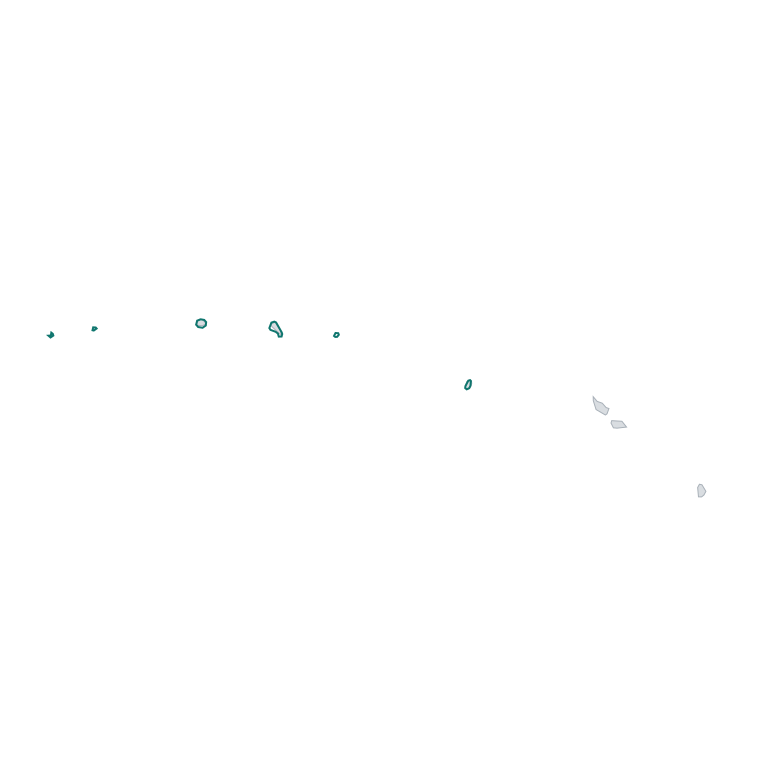 Northern Islands highlighted on a map of Northern Mariana Islands, rotated 283°
{"feature_id": "MNP-4940", "entity_name": "Northern Islands", "entity_type": "state/province", "adm_level": 1, "iso_a3": "MNP", "parent_name": "Northern Mariana Islands", "parent_adm1": "", "projection": "albers", "projection_center": [145.557, 18.447], "detail": "coarse", "context": "in_parent", "style": "outline", "palette": "teal", "viewbox_px": 768, "rotation_deg": 283, "n_neighbors": 0, "source": "natural_earth", "source_scale": "10m", "svg_char_len": 1377}
<svg xmlns="http://www.w3.org/2000/svg" viewBox="0 0 768 768"><g transform="rotate(283 384 384)"><path d="M411.0,605.7L410.7,608.7L405.1,608.0L403.6,606.7L406.8,596.4L414.8,591.7L418.7,590.7L415.0,595.6L414.4,601.0L411.0,605.7ZM401.2,624.2L396.6,630.0L393.4,621.0L392.9,617.4L397.0,614.0L399.5,614.1L401.2,624.2ZM357.3,716.5L351.8,721.8L347.8,720.7L345.4,718.8L344.8,715.8L353.7,712.9L357.3,713.9L357.3,716.5ZM413.4,270.6L408.2,273.1L414.7,261.9L416.6,260.0L419.7,264.0L413.4,270.6ZM405.9,192.8L402.6,197.1L399.9,194.0L399.1,187.8L403.9,188.4L405.7,189.7L405.9,192.8ZM406.5,468.6L404.1,469.4L400.6,469.0L398.2,467.2L397.7,464.2L404.7,464.0L407.3,466.3L406.5,468.6Z" fill="#d9dde1" stroke="#a8b0b8" stroke-width="1"/><path d="M412.7,259.7L418.5,260.5L420.1,263.1L419.7,265.0L411.3,272.7L409.8,273.6L407.2,273.5L406.5,270.8L409.3,269.3L410.5,266.7L411.2,261.2L412.7,259.7ZM400.9,197.2L398.0,194.6L397.7,190.1L399.6,187.6L403.7,187.7L405.8,190.9L406.0,194.4L404.3,196.8L400.9,197.2ZM406.2,465.4L407.1,467.1L406.4,468.0L401.8,468.6L399.1,468.0L397.4,465.8L398.4,464.0L400.2,463.8L406.2,465.4ZM421.8,328.9L419.4,327.7L418.9,325.9L419.6,324.5L422.8,325.3L423.2,328.0L421.8,328.9ZM356.8,50.9L354.3,48.6L355.6,46.2L356.3,48.5L359.2,48.3L358.4,50.0L356.8,50.9ZM373.4,91.5L370.8,89.2L370.8,87.9L373.8,87.9L374.2,90.4L373.4,91.5Z" fill="none" stroke="#0f766e" stroke-width="2"/></g></svg>